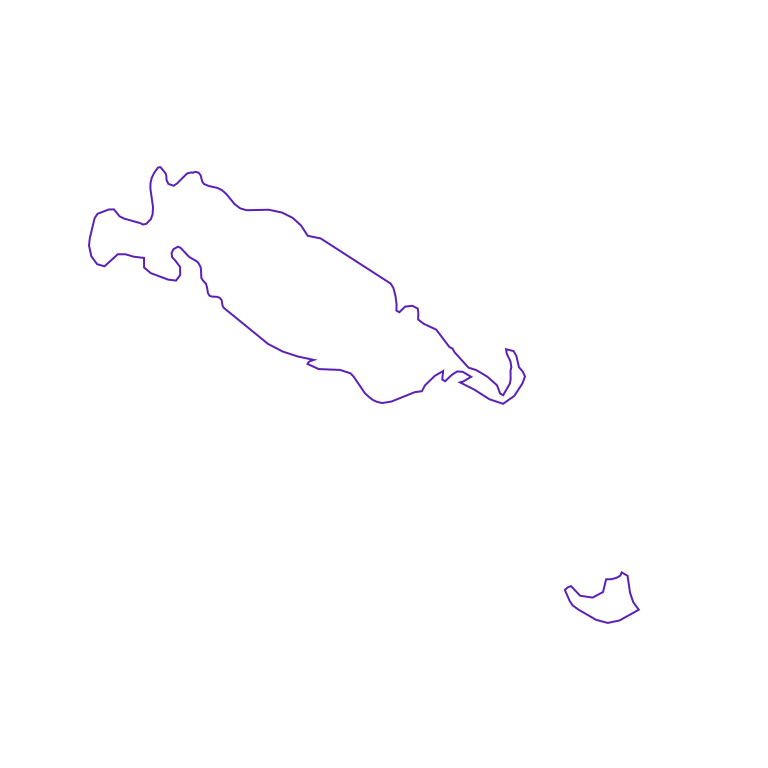 Manus, orthographic projection, rotated 30°
{"feature_id": "PNG-1251", "entity_name": "Manus", "entity_type": "Province", "adm_level": 1, "iso_a3": "PNG", "parent_name": "Papua New Guinea", "parent_adm1": "", "projection": "orthographic", "projection_center": [147.059, -2.147], "detail": "fine", "context": "isolated", "style": "outline", "palette": "violet", "viewbox_px": 768, "rotation_deg": 30, "n_neighbors": 0, "source": "natural_earth", "source_scale": "10m", "svg_char_len": 2261}
<svg xmlns="http://www.w3.org/2000/svg" viewBox="0 0 768 768"><g transform="rotate(30 384 384)"><path d="M497.8,303.8L502.3,306.9L503.6,314.1L502.8,329.2L497.0,341.6L482.9,344.5L465.3,343.7L449.0,344.6L451.4,342.1L455.9,334.2L446.0,334.1L440.9,336.7L438.1,342.4L435.6,351.0L432.2,351.0L428.7,343.2L423.9,351.6L420.2,364.6L420.4,371.3L414.7,375.7L399.2,395.5L391.8,401.5L386.5,403.0L382.2,403.4L377.8,402.8L372.0,401.5L354.0,392.8L349.7,391.5L338.9,393.8L320.0,403.7L307.8,404.9L307.8,402.6L308.5,401.2L311.2,398.2L295.5,403.3L280.2,406.5L263.6,407.3L207.4,398.2L205.1,397.0L201.4,392.5L198.8,391.5L195.8,392.0L191.3,394.3L188.9,394.8L186.0,393.3L183.3,389.8L179.9,386.3L175.2,384.8L172.7,383.4L168.5,376.7L166.7,374.4L163.1,372.2L160.9,371.4L151.8,371.4L139.8,367.8L136.9,368.1L134.3,372.4L134.5,376.7L137.1,380.1L141.6,381.5L148.9,384.6L153.0,391.5L152.2,398.4L145.0,401.5L126.6,404.6L118.0,403.1L113.1,394.8L103.9,398.8L95.1,401.0L88.6,404.7L83.1,421.8L75.7,423.7L66.8,419.8L59.3,411.6L56.3,404.8L50.5,385.2L50.8,379.8L58.4,370.5L62.8,367.8L71.2,371.0L76.3,370.7L91.9,366.7L95.7,366.3L98.0,364.2L99.7,357.7L98.7,352.6L95.5,346.3L84.0,331.6L81.4,326.9L79.8,321.7L79.4,315.9L80.1,309.4L82.1,308.0L89.7,310.9L91.5,312.7L93.7,316.1L97.2,318.5L102.7,317.5L104.5,313.8L108.2,300.1L111.4,297.1L112.9,296.6L113.7,295.5L115.1,294.3L118.0,293.8L120.8,294.9L125.4,299.6L128.1,300.8L133.5,300.1L141.5,297.5L146.6,297.1L152.7,298.4L164.6,302.9L171.8,303.8L178.1,302.2L197.1,290.7L210.0,286.5L221.8,285.8L232.9,288.2L243.9,293.8L256.3,289.6L339.6,293.7L344.2,296.2L349.9,302.0L355.1,308.8L358.0,314.2L361.4,314.2L363.6,306.4L369.5,302.1L375.5,301.8L378.4,305.6L381.3,311.1L388.3,312.0L402.1,310.8L422.2,319.3L425.8,319.1L428.9,321.1L449.0,327.6L456.9,325.8L469.9,326.0L482.5,328.6L489.4,334.2L492.8,334.2L492.8,320.8L491.3,316.6L486.8,309.0L485.8,305.6L482.0,301.0L475.3,296.5L472.3,292.9L479.7,290.7L484.6,293.5L492.5,302.0L497.8,303.8ZM690.8,428.3L701.4,441.7L708.9,448.3L717.5,452.1L706.2,471.0L697.3,479.0L685.7,482.2L665.5,482.2L658.1,481.4L653.5,479.2L643.6,471.9L644.7,468.6L645.6,467.2L647.0,465.5L659.7,469.3L671.4,464.7L677.7,454.6L674.0,442.1L678.5,439.4L682.2,435.7L684.4,431.9L684.1,428.3L690.8,428.3Z" fill="none" stroke="#5b21b6" stroke-width="2"/></g></svg>